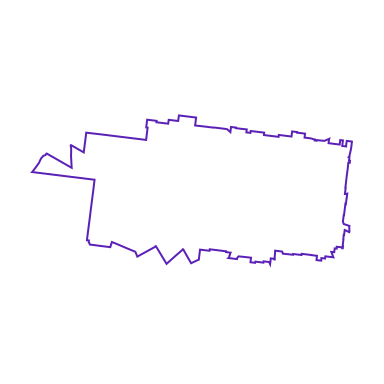 the district of Kent, Western Australia, Australia, rotated 187°
{"feature_id": "25037944B61750008694929", "entity_name": "Kent", "entity_type": "district", "adm_level": 2, "iso_a3": "AUS", "parent_name": "Australia", "parent_adm1": "Western Australia", "projection": "equal_earth", "projection_center": [118.452, -33.539], "detail": "fine", "context": "isolated", "style": "outline", "palette": "violet", "viewbox_px": 384, "rotation_deg": 187, "n_neighbors": 0, "source": "geoboundaries", "source_scale": "gbopen_adm2", "svg_char_len": 3775}
<svg xmlns="http://www.w3.org/2000/svg" viewBox="0 0 384 384"><g transform="rotate(187 192 192)"><path d="M31.0,171.3L30.9,171.6L31.7,176.9L31.6,177.5L37.4,178.7L38.6,180.9L38.6,187.5L38.3,187.5L38.3,199.0L37.8,198.8L37.8,204.9L37.7,204.9L37.7,209.3L39.6,208.6L40.0,208.6L40.0,210.7L39.9,211.1L40.0,211.5L40.0,214.9L40.3,214.9L40.3,216.1L40.3,217.6L40.4,227.6L40.3,232.2L40.3,233.4L40.4,240.1L39.0,240.2L39.0,242.2L39.0,242.3L40.0,242.3L40.0,246.0L40.6,246.0L40.1,246.8L39.7,251.6L39.6,252.2L39.4,254.9L39.4,258.6L39.4,261.5L39.5,261.5L39.9,261.6L43.0,261.6L43.8,261.6L44.6,261.6L44.7,258.5L44.6,256.0L48.5,256.0L48.5,257.8L48.5,261.6L51.2,261.6L51.2,257.8L51.2,257.1L55.1,257.1L58.8,257.1L62.4,257.1L62.4,260.9L62.3,261.5L64.2,260.4L65.1,259.9L66.0,259.3L66.8,258.9L69.7,258.8L74.6,258.7L74.6,258.1L76.4,258.1L76.4,259.1L77.4,259.1L80.6,259.7L81.2,259.7L86.9,259.7L86.9,263.7L90.4,263.7L95.0,263.7L95.0,264.3L100.0,264.3L100.0,259.2L104.6,259.2L107.3,259.2L109.2,259.2L110.1,259.2L112.8,259.2L112.8,258.2L112.8,257.3L127.5,257.3L127.6,258.7L127.6,259.7L141.2,259.7L141.2,258.0L141.2,257.8L145.3,257.8L145.3,260.8L151.6,260.7L156.2,260.7L156.2,261.3L161.2,261.3L161.2,256.1L164.8,258.6L167.0,258.7L172.4,258.7L176.4,258.7L177.7,258.7L178.3,258.7L178.5,258.5L182.9,258.5L187.8,258.5L197.0,258.4L197.0,266.4L202.0,266.4L205.9,266.4L208.5,266.4L213.3,266.4L214.3,266.4L214.4,260.8L214.5,260.8L223.9,260.8L224.0,256.9L235.6,256.9L235.8,256.9L235.8,258.3L241.1,258.3L245.2,258.3L245.3,258.3L245.3,257.1L245.3,250.5L244.9,250.5L243.9,250.5L243.9,238.3L243.9,238.1L257.2,238.1L261.6,238.1L263.9,238.1L265.8,238.1L267.7,238.1L273.9,238.1L290.3,238.1L302.2,238.0L304.2,238.0L304.2,231.6L304.3,218.1L305.6,218.7L308.7,220.0L310.7,220.8L311.7,221.2L312.7,221.7L314.7,222.5L317.8,223.8L318.1,223.5L317.2,220.3L316.8,216.7L316.5,213.2L315.9,209.9L315.1,205.4L314.4,201.4L315.2,201.7L317.1,202.5L321.2,204.2L324.3,205.5L329.5,207.7L332.6,209.0L336.8,210.7L338.8,211.6L340.9,212.5L341.1,212.4L341.9,210.8L342.9,210.3L344.0,209.8L345.8,207.1L346.2,206.1L347.5,202.1L349.7,198.1L352.5,193.2L353.1,192.3L314.9,192.3L290.2,192.3L290.2,187.8L290.2,182.6L290.2,179.4L290.2,179.2L290.3,163.7L290.3,155.1L290.4,138.6L290.4,136.9L290.4,135.6L290.4,131.3L288.4,131.3L288.4,129.7L288.3,129.4L287.8,129.1L287.1,127.6L287.0,127.4L273.6,127.3L271.3,127.3L266.8,127.3L266.4,127.3L265.4,132.6L261.3,131.5L260.2,131.2L249.4,128.1L244.3,126.7L241.0,125.8L239.8,123.7L238.4,121.2L234.7,123.9L221.9,133.1L221.7,133.7L221.2,133.8L209.2,118.5L208.5,117.6L200.7,126.5L196.9,130.7L194.1,133.9L194.1,134.0L193.7,134.0L189.3,128.0L184.2,121.2L177.9,125.2L177.0,125.6L177.0,135.8L172.0,135.8L167.4,135.8L167.4,137.3L160.6,137.3L160.4,137.3L155.5,137.3L150.9,137.3L150.9,136.5L146.3,136.5L146.7,135.1L146.8,133.9L147.2,133.0L147.1,131.7L147.8,130.9L139.4,130.9L139.2,130.9L139.1,131.9L138.8,132.7L138.2,133.3L137.9,133.8L133.3,133.9L132.2,133.9L125.4,134.0L125.4,129.4L120.8,129.4L120.8,129.9L120.8,130.3L120.7,130.6L115.2,130.6L112.5,130.6L112.5,131.9L107.1,131.9L106.9,131.9L106.3,130.9L105.7,129.9L105.7,135.7L102.0,135.7L102.0,135.1L101.7,135.1L101.7,136.1L102.0,136.5L102.1,142.0L102.3,142.4L102.3,143.9L98.4,143.9L95.3,143.9L95.1,143.7L94.4,141.9L91.3,141.9L87.2,142.0L84.1,142.0L84.1,142.8L80.0,142.8L75.6,142.8L75.6,143.1L75.7,143.4L75.7,144.0L70.9,144.0L65.3,144.0L65.3,143.9L60.2,143.9L60.1,139.6L55.4,139.6L55.5,142.2L52.9,142.2L51.8,142.2L51.8,144.4L50.8,144.4L47.8,144.4L46.6,144.4L43.7,144.4L46.4,149.5L43.5,149.6L43.5,150.7L43.5,153.4L43.4,153.4L42.5,153.4L41.5,153.4L41.5,153.9L41.7,155.3L38.1,155.3L36.0,155.3L36.0,154.5L35.5,154.5L35.5,156.6L35.9,156.6L35.9,158.2L35.9,163.2L36.1,163.3L36.1,165.3L36.2,167.9L35.8,167.9L35.8,172.9L31.0,171.3Z" fill="none" stroke="#5b21b6" stroke-width="2"/></g></svg>